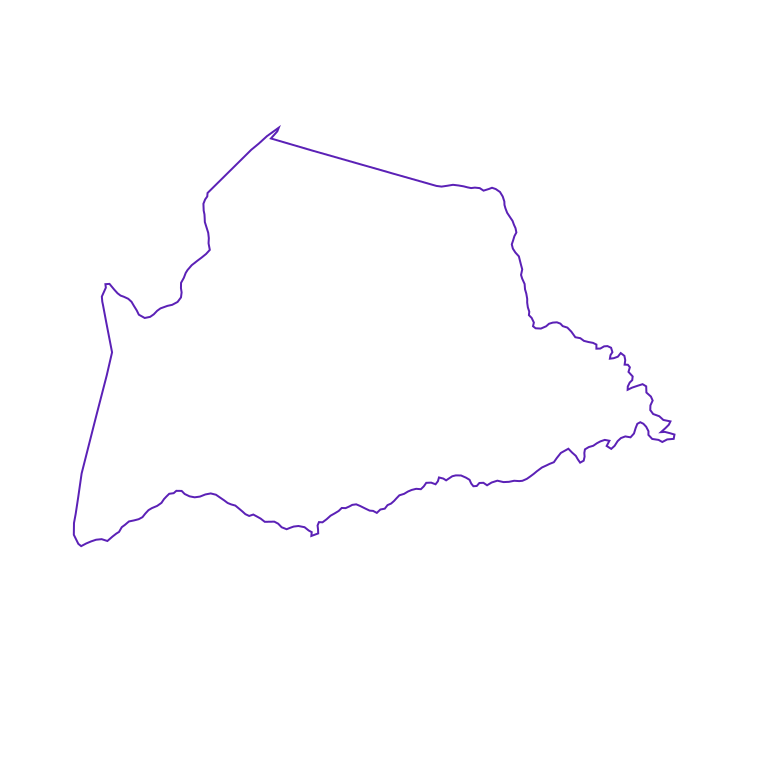 outline of Nortelândia, Mato Grosso, Brazil, rotated 283°
{"feature_id": "56859067B4738325459726", "entity_name": "Nortelândia", "entity_type": "district", "adm_level": 2, "iso_a3": "BRA", "parent_name": "Brazil", "parent_adm1": "Mato Grosso", "projection": "albers", "projection_center": [-56.739, -14.389], "detail": "fine", "context": "isolated", "style": "outline", "palette": "violet", "viewbox_px": 768, "rotation_deg": 283, "n_neighbors": 0, "source": "geoboundaries", "source_scale": "gbopen_adm2", "svg_char_len": 4178}
<svg xmlns="http://www.w3.org/2000/svg" viewBox="0 0 768 768"><g transform="rotate(283 384 384)"><path d="M588.8,390.6L591.1,344.2L591.3,340.9L592.8,311.3L595.3,261.8L597.8,218.6L606.2,223.2L610.1,223.8L599.3,214.3L589.8,207.7L582.4,202.0L530.4,169.1L527.0,169.6L523.6,168.2L519.0,167.5L512.4,169.3L508.9,170.9L505.5,171.9L501.5,173.0L498.1,175.0L491.8,178.7L486.7,180.5L481.6,181.4L475.5,184.1L470.7,181.4L466.1,177.8L462.2,174.5L456.5,169.9L450.8,166.9L447.6,165.8L442.5,165.1L436.9,163.5L431.7,164.6L427.7,166.2L422.7,166.7L417.5,164.4L413.5,159.8L411.4,155.4L407.4,149.2L404.3,146.5L400.1,144.0L396.8,141.0L394.5,136.0L396.4,129.5L400.1,126.5L403.7,122.9L407.3,119.5L409.5,115.6L410.5,110.8L410.9,107.4L412.5,103.9L415.3,99.9L419.8,94.0L418.6,90.1L415.3,91.3L405.7,89.4L400.8,91.0L397.8,92.4L381.6,99.5L353.7,111.9L330.1,111.9L288.2,110.8L279.9,110.6L228.8,109.5L205.1,111.5L188.1,112.8L178.8,113.2L167.3,115.7L159.5,122.1L157.9,125.4L161.7,129.8L164.8,134.1L167.5,138.5L169.3,143.8L168.8,149.8L174.3,153.8L178.0,156.8L180.3,159.1L185.5,160.7L188.4,163.2L192.7,166.4L194.9,171.2L197.1,175.4L199.9,178.6L204.1,180.6L208.1,182.9L210.8,185.7L214.2,190.4L218.1,193.9L222.3,195.5L225.4,197.3L228.7,199.4L230.3,203.6L233.2,205.7L234.3,210.9L232.0,214.5L230.8,219.8L231.0,225.0L232.9,230.0L236.2,234.8L238.4,239.8L238.3,245.2L236.4,250.0L234.6,254.6L232.9,258.4L232.3,262.1L232.1,266.5L230.0,270.7L227.9,274.8L226.0,278.2L225.1,282.3L227.4,286.0L226.2,290.3L225.1,294.1L222.9,298.8L223.9,302.9L225.2,308.1L224.1,312.3L221.4,316.5L220.6,321.8L222.9,325.1L224.8,328.1L226.4,332.6L226.6,338.8L224.3,343.6L223.4,346.9L219.6,347.4L223.6,353.5L227.6,352.4L231.2,351.1L234.8,351.7L235.4,355.2L239.3,358.5L243.7,361.6L246.8,365.0L250.1,368.4L253.7,370.7L254.4,374.5L256.9,377.8L259.1,380.3L260.5,384.0L259.8,388.1L258.4,394.0L257.4,398.5L257.9,401.9L256.8,406.0L260.9,408.7L262.7,412.8L266.8,414.7L269.1,417.8L272.3,420.1L275.5,421.9L279.0,424.0L281.5,428.3L284.6,431.5L287.0,434.8L289.1,438.9L289.8,443.6L293.2,445.8L297.2,447.4L298.5,452.1L297.9,456.8L301.4,458.4L305.3,458.6L305.2,463.1L304.1,466.2L307.1,469.0L309.5,471.3L311.1,474.5L312.2,479.6L311.2,484.9L309.9,488.9L306.6,491.4L304.5,494.1L305.5,497.3L309.0,499.2L310.1,503.1L308.5,507.2L312.2,511.0L315.3,516.2L315.3,522.5L316.8,527.8L319.0,532.6L319.8,537.6L320.8,540.6L323.7,544.5L326.8,547.3L330.1,550.1L333.4,552.6L338.2,556.7L341.2,560.6L343.4,563.3L346.0,567.1L350.7,569.0L356.6,571.8L359.5,575.0L362.4,578.2L359.5,582.7L357.1,587.1L354.2,589.8L351.5,592.8L354.2,595.8L358.3,595.8L361.9,594.7L365.5,594.5L368.6,597.7L370.9,601.8L374.2,604.8L376.8,607.8L379.2,611.7L379.4,616.4L373.7,614.9L371.9,620.0L375.6,622.6L380.9,624.5L384.6,627.0L387.2,630.9L387.5,636.2L392.0,638.7L397.7,639.1L402.2,639.8L404.4,642.3L403.6,645.7L401.3,649.1L397.5,652.3L393.9,653.1L390.8,657.7L391.3,664.1L390.1,668.2L393.7,672.4L395.7,678.6L400.1,678.4L400.4,673.6L400.5,668.4L399.4,664.7L404.4,668.2L408.4,670.7L412.0,671.5L411.8,664.3L414.5,659.5L415.3,653.0L418.5,649.3L423.1,648.4L428.3,649.5L431.8,646.9L434.7,641.6L440.7,640.0L442.0,636.0L439.2,631.3L436.3,626.6L433.2,622.7L436.4,622.1L440.7,623.1L443.6,625.0L447.3,624.6L450.8,619.5L455.6,619.8L457.6,617.3L457.0,614.1L461.5,613.7L465.5,611.9L467.4,607.7L463.2,605.7L460.8,602.0L459.5,598.4L463.1,598.2L466.4,599.4L470.4,597.1L471.2,593.2L470.2,590.0L467.2,586.8L466.2,583.0L470.2,582.1L471.1,578.4L470.9,573.7L471.0,569.1L472.8,565.0L472.6,559.9L477.1,554.8L480.2,550.0L480.6,545.1L482.5,542.3L483.0,538.6L481.8,534.7L479.8,531.2L476.7,529.0L473.3,524.4L472.4,519.2L473.8,516.2L477.6,516.2L481.6,513.0L483.7,509.7L487.1,509.3L491.1,506.9L495.5,505.2L499.1,504.4L504.1,502.3L508.0,500.1L513.1,498.5L517.8,494.9L521.1,493.0L526.8,492.9L530.7,490.8L534.2,489.0L538.7,486.7L541.7,482.4L544.9,479.1L548.8,477.1L552.9,477.5L557.4,477.8L561.4,478.9L565.4,477.1L568.4,474.8L571.8,472.6L574.8,469.4L578.5,465.5L582.5,462.8L585.6,461.1L588.9,460.2L593.4,457.5L597.2,453.8L599.1,449.0L599.5,445.1L597.6,442.3L594.8,437.5L596.4,433.2L595.8,428.4L594.5,424.8L594.4,421.2L594.5,417.1L594.2,411.9L593.6,406.4L591.4,401.1L589.3,395.7L588.8,390.6Z" fill="none" stroke="#5b21b6" stroke-width="2"/></g></svg>